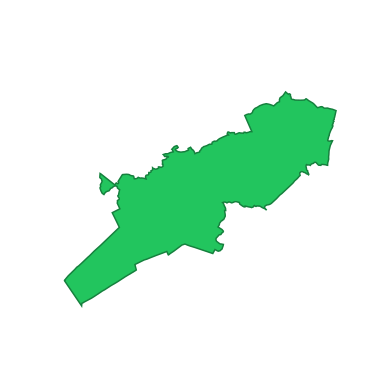 Tamboesti, Vrancea, Romania (orthographic projection), rotated 134°
{"feature_id": "2599482B45059786841433", "entity_name": "Tamboesti", "entity_type": "district", "adm_level": 2, "iso_a3": "ROU", "parent_name": "Romania", "parent_adm1": "Vrancea", "projection": "orthographic", "projection_center": [27.032, 45.517], "detail": "fine", "context": "isolated", "style": "filled", "palette": "green", "viewbox_px": 384, "rotation_deg": 134, "n_neighbors": 0, "source": "geoboundaries", "source_scale": "gbopen_adm2", "svg_char_len": 6017}
<svg xmlns="http://www.w3.org/2000/svg" viewBox="0 0 384 384"><g transform="rotate(134 192 192)"><path d="M350.6,192.3L348.6,193.9L347.0,193.3L346.3,193.2L338.0,190.5L334.7,189.7L325.4,187.7L322.9,186.9L316.2,185.4L308.3,183.2L299.4,181.2L287.5,178.0L286.8,177.9L283.8,182.7L274.1,179.2L271.4,177.7L269.5,176.9L262.7,173.8L252.3,168.8L253.6,165.7L253.7,165.4L253.6,165.2L251.3,164.9L247.2,164.0L237.1,162.4L234.5,161.0L234.2,160.7L233.5,158.8L232.2,155.9L229.9,151.4L221.8,134.3L217.4,135.5L217.3,135.2L216.9,133.5L216.4,132.1L215.9,131.7L214.4,130.9L213.6,131.0L212.2,130.8L209.0,132.3L207.9,133.0L209.2,135.0L209.7,135.4L210.0,136.6L210.4,140.1L210.1,140.9L209.3,142.1L208.5,142.5L204.3,142.7L203.7,142.6L202.8,141.8L202.5,141.7L200.5,142.1L199.9,141.8L199.3,141.8L198.4,142.2L198.2,144.0L198.2,144.6L199.1,149.0L196.6,149.6L195.3,150.5L192.1,150.8L191.6,150.4L190.5,150.5L190.2,150.2L189.8,150.1L186.3,151.3L184.9,152.8L183.4,154.9L182.6,155.7L181.9,154.9L180.4,156.6L179.7,158.4L179.8,158.5L178.3,161.6L178.3,162.6L177.1,162.0L176.5,161.5L176.1,160.9L175.8,160.2L175.6,159.3L173.7,158.7L173.2,158.2L172.3,156.0L171.6,155.5L169.1,154.4L168.1,153.3L167.4,152.0L166.6,150.6L167.3,149.7L167.5,149.0L167.0,145.8L166.5,144.1L165.7,143.5L165.3,144.0L164.9,143.5L163.1,140.5L162.4,139.6L161.8,138.3L160.3,137.6L159.6,137.6L158.9,137.9L158.4,137.8L158.3,137.6L158.3,136.6L157.9,135.9L156.8,135.6L156.3,134.8L155.2,133.7L154.8,132.5L154.4,130.6L153.4,127.9L153.3,126.4L153.1,126.4L153.1,128.4L152.3,129.4L151.4,129.7L149.6,129.3L147.5,127.8L146.3,127.3L145.0,127.0L138.1,126.6L133.3,126.7L130.6,126.3L116.1,125.6L115.0,125.6L112.8,125.9L109.2,125.6L106.1,125.8L105.0,125.7L103.9,127.3L103.3,127.8L102.0,127.7L101.0,127.2L100.5,126.4L100.1,125.0L99.4,123.9L99.4,122.4L98.9,121.5L98.7,120.7L98.7,120.1L98.4,120.1L98.1,120.4L97.5,121.6L97.3,122.6L96.5,123.3L96.4,123.6L96.5,124.2L96.5,124.6L96.3,125.2L95.5,126.1L94.8,127.2L94.4,127.8L93.3,128.6L92.6,128.6L92.3,127.6L91.3,126.7L90.9,126.1L90.7,125.4L88.9,125.6L87.3,124.7L86.7,124.5L86.0,124.6L85.6,124.5L85.0,124.0L84.6,123.4L84.8,119.8L84.7,119.5L83.3,117.8L82.4,118.0L82.1,117.9L81.2,116.9L79.6,114.8L79.1,113.7L78.6,113.0L76.9,114.5L73.4,116.5L71.8,118.2L70.2,119.4L67.1,122.1L62.5,124.8L57.5,126.5L58.0,127.2L58.9,127.4L59.1,128.0L59.8,128.3L60.5,129.3L60.7,130.0L60.2,130.6L59.1,131.0L58.6,131.5L58.0,131.7L56.7,132.4L56.0,132.6L54.8,133.5L51.7,134.8L49.0,135.7L48.3,135.7L47.6,136.2L46.8,136.4L46.6,136.5L46.7,136.8L46.7,137.2L46.4,137.6L45.9,137.6L45.3,138.0L44.8,138.0L44.5,138.4L44.1,138.6L43.5,138.9L42.7,138.9L42.4,139.9L42.0,140.1L41.6,140.1L41.2,140.3L41.0,140.2L40.6,140.7L39.1,141.4L33.4,144.9L34.9,148.4L36.5,150.9L37.4,152.7L38.1,153.4L39.4,154.6L39.8,155.1L40.2,157.4L40.4,157.8L41.2,158.6L43.8,160.0L44.1,160.2L44.2,161.6L44.0,165.1L44.1,166.9L45.2,171.5L45.6,174.5L45.9,174.8L47.5,174.9L48.5,175.7L50.5,177.6L54.0,181.4L54.3,181.8L55.1,183.5L55.6,184.0L55.8,184.4L56.0,184.8L56.0,185.2L55.8,185.7L54.9,186.8L54.7,187.9L53.8,188.5L53.6,188.8L53.5,189.3L53.6,190.0L54.1,190.4L54.6,190.4L54.7,190.7L54.9,192.0L55.0,194.2L59.6,193.5L63.0,194.1L64.6,193.4L66.3,191.8L68.5,192.7L73.3,193.0L74.6,196.1L75.5,197.8L76.9,199.9L79.6,201.7L82.8,203.2L85.8,203.9L87.8,204.7L89.9,204.8L91.6,204.5L92.6,203.9L93.1,203.8L95.5,204.2L96.4,205.4L98.3,206.5L100.3,207.2L107.0,190.9L108.5,192.3L109.6,192.7L111.9,194.2L111.9,194.9L112.8,196.1L113.6,195.8L114.2,195.9L114.8,197.0L115.6,197.6L116.2,198.7L116.8,199.3L120.1,200.7L120.4,201.1L120.5,201.6L119.9,202.8L121.8,204.8L122.9,205.5L123.1,206.4L123.5,207.4L123.8,207.8L124.5,207.7L125.4,207.3L125.7,205.3L126.1,205.6L126.0,205.9L126.2,206.4L127.5,206.4L130.9,207.9L134.6,209.3L136.9,209.6L137.5,209.4L138.3,209.8L139.5,210.6L139.9,211.3L142.1,212.0L143.9,211.0L145.4,212.5L146.7,213.1L147.8,213.3L149.4,214.1L150.3,214.5L150.9,215.0L153.8,215.5L155.5,214.9L157.1,214.9L158.1,214.3L160.8,216.0L162.4,216.5L161.5,218.4L161.2,219.4L161.1,221.0L161.4,221.4L160.8,224.1L163.4,225.0L163.7,224.8L164.2,223.7L164.8,223.7L166.2,224.5L168.0,225.2L169.8,226.7L170.6,227.3L171.3,228.0L172.8,230.3L173.3,232.5L173.3,233.2L173.0,233.6L172.7,233.7L170.7,232.9L169.5,232.9L169.4,233.1L169.6,233.3L169.6,233.7L169.1,234.8L169.2,235.1L169.9,235.5L171.7,236.3L175.3,236.2L175.2,235.7L176.1,233.4L178.7,235.0L181.3,236.0L182.9,237.6L185.0,238.7L185.0,238.0L185.4,236.6L185.3,236.0L184.0,235.2L183.1,233.9L183.1,233.4L183.3,233.3L183.5,233.5L184.6,233.9L186.0,233.6L186.8,233.7L189.6,235.3L190.0,235.2L190.3,234.9L190.6,234.2L192.7,232.5L192.7,232.2L192.4,232.0L193.7,230.7L195.5,231.1L196.1,231.8L196.1,232.1L196.4,232.6L197.2,233.5L197.9,232.7L199.8,233.3L200.9,234.0L202.0,236.7L202.0,237.1L203.3,235.8L204.0,235.8L205.2,236.2L205.3,235.8L206.5,235.4L207.6,236.2L207.9,236.6L208.2,236.5L209.2,235.5L210.1,235.4L211.3,236.3L211.9,236.6L212.4,236.5L213.5,235.9L214.5,234.1L215.7,236.3L216.9,238.0L217.8,238.7L218.6,240.2L218.8,240.9L220.3,240.9L222.0,242.1L222.6,242.7L221.2,244.9L221.2,245.3L222.5,247.2L222.8,247.9L223.2,249.4L223.5,249.9L224.7,251.4L227.6,254.0L228.1,254.1L235.7,252.5L235.9,251.6L236.8,251.0L237.2,250.9L237.6,251.1L238.0,252.7L238.2,252.8L238.6,252.8L239.5,252.5L240.3,252.6L240.4,252.8L240.7,254.2L242.3,270.1L242.5,271.0L245.5,268.5L245.7,267.9L245.5,266.4L245.8,265.8L246.3,265.1L246.5,264.3L246.7,264.1L248.9,263.3L250.1,263.1L250.5,262.9L251.6,261.4L252.7,261.2L253.0,260.9L253.4,260.4L253.8,259.5L254.5,258.2L255.3,255.8L255.3,255.5L255.0,253.6L252.8,254.0L252.2,254.0L250.5,253.5L248.7,252.5L245.9,253.0L244.3,252.3L242.9,252.3L241.8,252.0L240.6,251.1L240.0,249.7L240.9,248.5L240.8,246.3L240.6,245.7L245.4,242.7L246.3,242.7L246.7,241.9L247.0,240.1L247.6,239.4L248.2,239.3L249.9,239.7L250.3,239.5L250.9,238.6L251.8,238.2L252.0,237.9L254.2,232.2L262.3,235.0L265.1,227.2L267.9,219.7L294.1,220.7L302.5,221.3L309.1,221.4L311.4,221.6L318.7,221.9L324.1,222.2L325.7,222.6L328.2,222.6L328.7,222.5L338.0,222.8L343.7,222.4L343.8,221.9L344.4,222.0L350.6,192.3Z" fill="#22c55e" stroke="#15803d" stroke-width="1.5"/></g></svg>